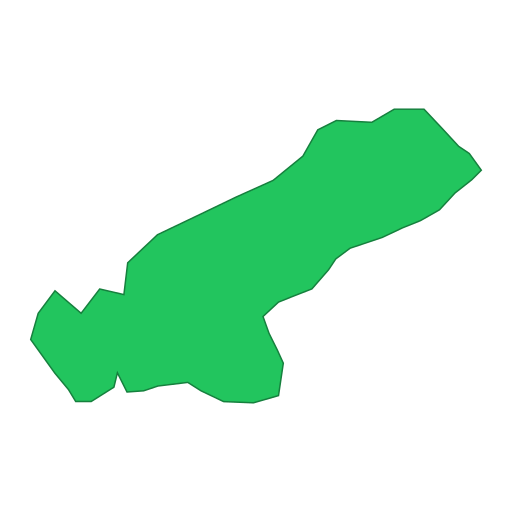 Pano Zodeia, Cyprus
{"feature_id": "46923920B9088194369426", "entity_name": "Pano Zodeia", "entity_type": "district", "adm_level": 2, "iso_a3": "CYP", "parent_name": "Cyprus", "parent_adm1": "", "projection": "albers", "projection_center": [33.002, 35.145], "detail": "fine", "context": "isolated", "style": "filled", "palette": "green", "viewbox_px": 512, "rotation_deg": 0, "n_neighbors": 0, "source": "geoboundaries", "source_scale": "gbopen_adm2", "svg_char_len": 746}
<svg xmlns="http://www.w3.org/2000/svg" viewBox="0 0 512 512"><path d="M30.7,339.5L54.9,373.2L68.5,389.6L75.7,401.5L91.2,401.5L113.9,387.2L117.4,372.8L127.0,392.0L143.7,390.8L158.0,386.0L187.8,382.4L201.0,390.8L223.6,401.6L253.5,402.8L278.5,395.6L283.3,363.2L277.3,350.0L269.0,333.3L263.0,316.5L278.5,302.1L290.4,297.3L311.9,288.9L328.6,269.7L335.8,258.9L350.1,248.2L382.3,237.4L402.6,227.8L420.5,220.6L439.5,209.8L455.0,193.0L471.7,179.8L481.3,170.2L469.3,153.5L458.6,146.3L443.1,129.5L424.0,109.2L394.2,109.2L371.8,122.3L336.4,120.5L317.8,129.8L302.9,156.1L273.1,180.4L235.8,197.2L196.7,216.0L157.5,234.7L127.7,262.8L123.9,294.6L99.7,289.0L81.1,313.3L55.0,290.8L38.2,313.3L30.7,339.5Z" fill="#22c55e" stroke="#15803d" stroke-width="1.5"/></svg>